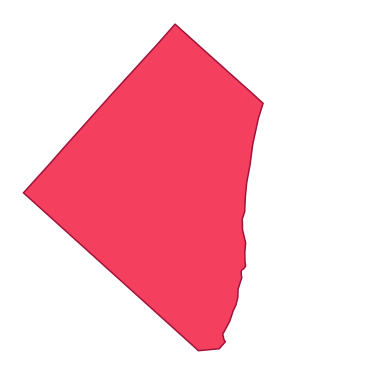 Chautauqua, New York, United States of America, rotated 132°
{"feature_id": "52423323B8840369760606", "entity_name": "Chautauqua", "entity_type": "district", "adm_level": 2, "iso_a3": "USA", "parent_name": "United States of America", "parent_adm1": "New York", "projection": "mercator", "projection_center": [-79.482, 42.284], "detail": "fine", "context": "isolated", "style": "filled", "palette": "rose", "viewbox_px": 384, "rotation_deg": 132, "n_neighbors": 0, "source": "geoboundaries", "source_scale": "gbopen_adm2", "svg_char_len": 756}
<svg xmlns="http://www.w3.org/2000/svg" viewBox="0 0 384 384"><g transform="rotate(132 192 192)"><path d="M78.5,198.5L78.5,206.6L78.4,210.2L78.5,236.2L78.5,237.9L78.5,240.7L78.6,245.4L78.5,250.6L78.5,259.1L78.6,264.5L78.6,308.1L78.6,316.3L78.7,316.9L108.2,316.6L122.8,316.8L127.4,316.8L146.7,316.9L150.9,317.0L159.8,317.0L172.2,317.1L244.4,316.9L267.4,316.6L305.4,316.7L305.6,81.0L290.3,66.9L281.0,67.0L280.4,69.3L277.1,74.0L262.7,77.5L253.0,81.8L246.6,83.7L239.5,87.5L233.5,92.7L222.3,97.7L220.6,99.9L217.9,102.4L216.7,102.8L214.4,102.2L211.3,102.5L208.0,106.3L201.6,112.3L193.9,118.1L186.3,129.1L178.4,136.6L171.5,139.6L159.8,149.2L148.4,157.6L132.9,167.1L116.3,178.5L92.8,192.0L78.5,198.5Z" fill="#f43f5e" stroke="#9f1239" stroke-width="1.5"/></g></svg>